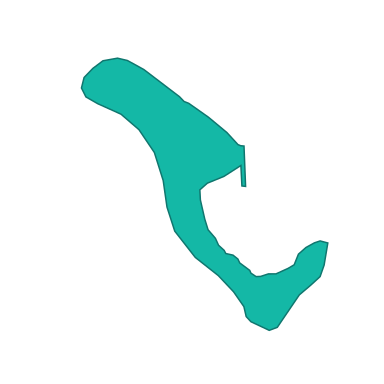 Pingelap, Federated States of Micronesia, rotated 124°
{"feature_id": "79324940B997919972842", "entity_name": "Pingelap", "entity_type": "district", "adm_level": 2, "iso_a3": "FSM", "parent_name": "Federated States of Micronesia", "parent_adm1": "", "projection": "natural_earth1", "projection_center": [160.709, 6.209], "detail": "fine", "context": "isolated", "style": "filled", "palette": "teal", "viewbox_px": 384, "rotation_deg": 124, "n_neighbors": 0, "source": "geoboundaries", "source_scale": "gbopen_adm2", "svg_char_len": 940}
<svg xmlns="http://www.w3.org/2000/svg" viewBox="0 0 384 384"><g transform="rotate(124 192 192)"><path d="M158.3,50.9L160.9,58.4L165.7,62.1L174.3,66.5L184.0,69.0L195.2,66.6L201.7,69.7L212.9,76.6L217.2,82.9L223.6,87.9L226.3,91.6L226.3,97.8L224.7,100.3L224.1,112.8L221.9,116.5L221.4,122.7L224.1,129.6L222.4,132.7L221.3,140.2L217.3,146.7L214.3,157.6L207.3,166.3L193.9,180.6L185.8,186.7L176.1,184.2L161.1,174.2L142.7,166.3L159.1,154.0L157.4,150.7L124.8,174.6L126.4,177.5L127.0,180.4L123.2,196.3L120.8,220.3L120.3,244.3L121.4,249.2L120.0,255.6L117.4,300.5L119.1,319.1L122.7,328.6L133.0,339.2L144.9,343.3L157.4,345.5L167.6,341.8L172.5,333.1L171.5,319.4L167.2,294.4L170.0,270.8L180.3,245.3L198.6,222.3L218.5,204.3L234.1,184.4L244.4,152.7L246.6,123.4L251.5,101.7L258.0,84.9L265.0,77.4L266.6,70.6L263.5,50.6L256.5,45.6L249.0,45.6L217.3,45.5L202.6,41.4L190.5,38.5L178.7,41.6L158.3,50.9Z" fill="#14b8a6" stroke="#0f766e" stroke-width="1.5"/></g></svg>